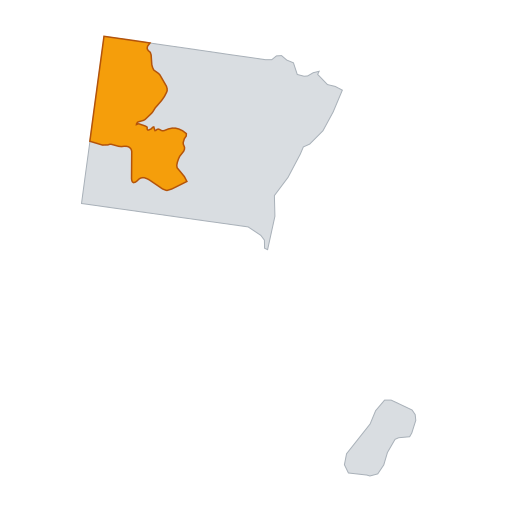 Wele-Nzás highlighted on a map of Equatorial Guinea, rotated 188°
{"feature_id": "GNQ-1471", "entity_name": "Wele-Nzás", "entity_type": "Province", "adm_level": 1, "iso_a3": "GNQ", "parent_name": "Equatorial Guinea", "parent_adm1": "", "projection": "natural_earth1", "projection_center": [10.876, 1.497], "detail": "fine", "context": "in_parent", "style": "filled", "palette": "amber", "viewbox_px": 512, "rotation_deg": 188, "n_neighbors": 0, "source": "natural_earth", "source_scale": "10m", "svg_char_len": 2302}
<svg xmlns="http://www.w3.org/2000/svg" viewBox="0 0 512 512"><g transform="rotate(188 256 256)"><path d="M436.1,283.7L436.3,317.1L436.4,345.4L436.5,376.0L436.7,407.9L436.8,434.9L436.9,452.3L411.4,452.2L377.5,452.1L343.5,452.0L309.6,451.8L292.6,451.8L273.8,451.7L267.7,452.6L263.6,457.0L258.6,458.0L252.8,454.3L245.8,452.5L243.9,448.6L240.4,441.5L233.4,440.7L229.9,441.5L224.8,445.5L219.2,447.7L220.2,444.4L209.1,435.7L201.0,434.9L193.6,432.2L199.6,409.5L207.1,389.4L218.4,374.3L224.3,370.6L226.3,363.1L235.2,338.4L246.2,318.4L242.8,298.0L245.4,263.9L248.6,264.9L249.1,268.1L249.9,272.9L254.1,277.1L267.8,283.7L308.6,283.7L332.9,283.7L369.0,283.7L407.1,283.7L436.1,283.7ZM112.6,54.0L115.7,54.5L134.3,54.0L139.4,61.6L138.8,72.8L119.6,105.6L116.0,119.5L108.6,131.2L102.1,132.1L80.0,125.2L76.3,121.1L74.9,115.5L77.1,102.4L78.7,98.4L89.4,95.9L92.8,93.8L98.5,79.7L100.4,66.9L105.1,57.2L112.6,54.0Z" fill="#d9dde1" stroke="#a8b0b8" stroke-width="1"/><path d="M436.5,346.5L436.7,376.7L436.9,414.6L437.1,452.4L399.7,452.3L390.6,452.2L390.8,451.8L392.5,448.9L392.7,447.6L392.6,446.1L391.8,445.0L391.0,444.2L389.9,443.6L389.0,442.9L387.8,440.4L385.8,430.9L384.5,428.0L383.1,425.9L377.9,423.2L376.4,422.0L368.3,411.6L367.3,409.3L367.0,407.3L367.3,405.8L368.9,401.2L371.2,396.7L376.4,388.7L378.2,384.6L379.2,382.9L384.8,375.8L386.2,374.7L390.7,372.7L391.9,372.0L392.7,370.4L392.7,369.5L391.5,370.2L391.0,370.5L390.4,370.6L384.1,369.4L382.1,368.7L381.7,368.3L381.5,366.7L381.2,366.1L380.4,365.6L379.5,366.0L378.6,366.6L377.7,367.1L376.2,369.1L375.2,369.6L373.5,366.1L372.7,366.4L371.7,367.5L370.5,368.1L369.2,367.9L367.1,367.1L365.9,367.0L364.4,367.4L360.3,369.7L356.7,371.0L353.4,371.4L350.0,371.0L346.1,369.8L342.0,367.5L341.8,365.1L343.3,362.1L343.9,358.1L343.5,356.5L341.9,353.7L341.7,351.8L342.2,349.7L345.4,344.2L346.2,341.6L346.9,338.1L347.1,334.8L346.4,332.4L338.0,324.7L334.8,320.2L348.8,310.6L353.3,308.5L354.5,308.6L357.9,309.4L372.2,316.5L374.4,317.3L377.6,318.0L379.6,317.7L381.3,317.0L382.6,315.9L384.5,313.5L385.8,312.3L387.5,311.6L388.6,312.1L389.4,313.2L390.0,315.2L393.6,342.2L394.3,344.0L395.3,345.2L397.4,346.4L399.5,346.6L401.9,346.3L404.4,345.6L407.2,345.5L415.1,346.5L416.6,346.2L418.1,345.4L423.5,344.5L436.5,346.5L436.5,346.5Z" fill="#f59e0b" stroke="#b45309" stroke-width="1.5"/></g></svg>